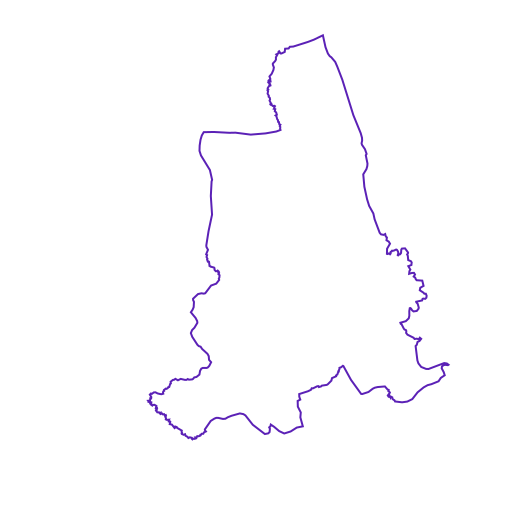 Chaloem Phra Kiat, Buri Ram, Thailand (Mercator projection), rotated 341°
{"feature_id": "78962969B72418392549656", "entity_name": "Chaloem Phra Kiat", "entity_type": "district", "adm_level": 2, "iso_a3": "THA", "parent_name": "Thailand", "parent_adm1": "Buri Ram", "projection": "mercator", "projection_center": [102.88, 14.577], "detail": "fine", "context": "isolated", "style": "outline", "palette": "violet", "viewbox_px": 512, "rotation_deg": 341, "n_neighbors": 0, "source": "geoboundaries", "source_scale": "gbopen_adm2", "svg_char_len": 6111}
<svg xmlns="http://www.w3.org/2000/svg" viewBox="0 0 512 512"><g transform="rotate(341 256 256)"><path d="M391.1,69.1L381.2,70.3L374.9,70.5L359.4,70.1L356.1,69.2L354.4,70.4L351.0,69.5L349.6,72.4L346.0,72.8L345.2,72.5L344.5,69.9L343.9,70.1L343.1,71.7L340.9,72.0L341.4,72.9L339.5,74.6L338.8,76.8L337.6,77.9L334.6,79.5L334.2,80.6L334.3,83.5L333.0,85.8L330.2,88.8L327.2,90.6L327.2,93.3L325.5,94.0L326.7,95.0L326.6,95.7L324.8,95.3L324.1,95.6L324.3,96.3L325.2,96.4L324.9,97.1L325.3,98.2L324.5,98.6L324.9,99.5L323.6,99.6L321.9,100.9L321.5,101.5L321.8,102.7L320.8,103.0L321.0,104.3L319.8,106.3L320.3,108.6L319.8,109.5L320.5,110.9L320.3,112.5L319.4,113.5L319.8,116.1L318.9,117.3L319.2,117.8L320.1,117.6L320.1,118.6L320.7,119.6L322.4,120.0L322.7,120.5L321.6,121.3L321.6,122.3L320.9,122.7L322.0,123.5L320.9,125.2L321.8,126.8L321.7,129.2L320.3,129.5L320.8,130.3L320.6,133.7L321.0,134.6L320.6,136.4L321.3,136.9L320.9,138.8L321.8,139.8L320.7,140.8L321.0,141.9L320.3,143.3L320.2,144.8L315.7,144.9L305.0,143.2L290.5,139.5L276.7,132.7L270.8,130.8L256.5,125.0L246.9,121.9L244.0,124.4L241.4,128.0L238.7,133.2L236.8,138.2L236.7,143.0L240.4,159.7L239.3,169.7L238.3,171.0L232.8,184.6L227.9,202.6L219.2,217.1L212.5,229.7L212.1,231.2L212.6,234.5L209.4,238.2L210.1,239.2L208.9,240.8L209.2,242.9L208.6,243.4L208.6,245.6L209.4,245.7L209.7,246.2L208.8,250.3L209.6,250.9L209.6,251.3L212.5,253.2L212.8,253.9L212.3,255.6L213.0,257.3L214.1,257.6L215.0,257.3L215.7,258.6L215.7,259.1L215.0,259.0L215.2,260.6L214.6,260.9L215.3,262.3L214.3,264.5L213.5,265.2L213.4,266.6L209.4,269.2L203.9,269.3L195.9,274.7L194.4,274.6L192.3,273.5L188.8,273.1L182.6,275.9L182.2,277.1L182.4,279.2L180.4,284.1L178.6,286.1L176.1,288.0L178.7,294.9L179.2,298.4L178.8,300.1L174.4,303.8L171.5,305.2L169.3,307.7L169.4,311.7L171.7,320.9L172.6,322.6L174.1,323.7L174.8,326.4L178.3,332.8L178.7,335.3L177.8,338.9L179.0,341.8L176.0,344.7L174.1,345.7L172.9,345.8L169.3,344.5L167.6,344.7L165.7,346.4L163.9,349.7L160.3,351.0L158.1,350.7L156.5,351.7L155.5,351.9L152.3,351.1L151.4,350.1L150.1,350.5L148.5,350.0L144.8,347.7L141.7,348.1L139.8,345.9L138.0,346.4L137.1,346.1L134.3,347.1L134.0,348.8L133.2,349.0L131.3,351.6L130.4,351.4L129.7,352.1L128.2,352.5L127.6,352.0L125.4,352.7L125.3,353.6L124.5,353.7L123.7,354.5L123.5,356.0L121.6,355.9L120.4,355.3L118.2,353.9L116.6,352.2L115.0,351.7L112.6,352.5L111.9,351.8L110.5,352.5L111.1,355.3L110.5,356.5L109.7,356.1L108.7,358.2L107.0,357.8L107.2,358.3L106.8,358.8L107.9,359.8L108.4,359.5L109.2,360.1L108.2,361.0L109.0,361.3L108.4,362.4L109.3,363.7L110.0,363.3L111.5,363.6L113.0,365.3L111.9,367.0L112.9,367.2L112.9,367.7L111.7,368.1L112.1,369.2L111.1,369.6L111.8,371.7L113.4,372.2L113.7,373.3L114.9,373.1L114.6,374.3L115.8,374.2L116.3,375.4L117.6,375.6L117.8,377.0L118.9,377.0L118.9,377.8L117.9,378.7L118.1,380.1L117.5,381.1L118.3,381.9L120.4,382.4L119.7,383.0L119.6,384.0L120.7,384.2L121.0,384.8L119.7,386.9L121.6,388.0L123.0,392.2L123.6,392.0L123.4,390.8L124.1,390.9L125.4,392.0L125.5,392.9L129.0,396.9L128.4,398.0L128.5,399.1L127.9,399.5L127.9,400.1L129.4,401.5L130.9,401.4L130.9,403.1L132.3,404.6L132.8,406.1L134.4,405.9L136.1,407.0L135.8,407.9L136.2,408.7L137.2,408.3L138.4,408.9L139.8,408.9L139.6,407.8L140.8,408.2L141.8,407.2L143.2,407.8L144.8,407.7L145.1,407.1L145.5,407.3L146.7,406.4L148.3,406.9L149.4,405.8L151.5,405.6L151.0,404.1L151.2,403.3L159.5,397.2L163.7,396.2L165.7,396.1L167.5,396.7L171.7,399.3L174.1,399.9L176.8,399.3L180.9,399.1L189.5,399.6L192.6,401.4L194.1,403.3L198.0,414.5L206.4,427.2L209.8,427.7L211.5,426.9L212.9,423.9L212.7,422.3L214.1,421.8L215.1,420.2L217.5,423.4L220.9,429.1L224.9,433.0L231.6,433.2L238.7,431.5L244.8,432.3L245.4,423.0L247.4,418.5L246.5,412.1L248.2,406.6L251.1,406.2L251.1,403.2L251.9,400.6L261.2,400.8L264.4,400.4L265.6,399.2L266.7,399.7L271.5,399.1L272.7,399.4L272.8,400.4L275.1,400.5L276.0,400.0L280.9,400.9L282.0,400.7L286.7,398.4L288.1,396.2L292.6,395.8L292.8,395.0L294.4,394.5L295.2,393.3L296.1,392.7L296.7,392.0L296.4,391.7L298.0,390.2L298.5,388.9L300.3,388.9L302.4,388.1L302.8,388.5L305.5,404.1L310.5,420.6L311.5,421.1L318.1,421.2L323.2,419.5L325.5,419.2L328.3,419.5L335.4,421.3L337.0,425.2L337.8,425.7L337.2,427.0L337.8,427.5L338.1,428.8L335.2,430.8L335.6,432.3L336.0,432.5L336.9,431.8L337.1,433.5L338.0,432.3L337.8,433.7L338.8,434.0L338.6,435.8L340.0,437.6L340.1,438.8L346.5,441.9L351.7,442.9L357.2,442.2L364.4,437.5L371.8,434.8L376.2,434.0L380.1,434.3L387.8,433.9L391.1,431.4L395.6,430.2L395.7,427.0L395.0,422.7L395.9,420.9L398.0,420.3L399.5,420.5L401.9,421.7L402.6,421.5L401.5,419.8L399.1,418.5L382.3,419.0L380.0,418.1L376.1,414.7L374.6,410.4L374.6,407.3L377.6,393.1L379.1,392.3L380.8,389.8L382.9,389.6L385.2,388.1L384.3,386.6L382.9,387.7L381.0,386.5L378.9,386.1L378.4,384.6L373.6,379.7L372.9,377.6L373.7,375.9L373.6,374.8L372.5,373.9L372.1,372.8L371.4,367.8L370.8,367.3L370.8,366.1L376.4,366.4L380.1,364.7L381.5,362.5L383.0,358.0L384.4,355.4L384.9,355.4L385.5,356.2L385.9,358.1L386.9,359.7L390.1,360.3L392.6,358.7L393.1,357.7L393.3,353.9L392.5,352.0L392.6,351.4L398.6,352.1L399.5,350.8L400.2,350.7L402.1,351.6L403.5,350.9L404.4,349.2L404.3,347.0L402.9,346.5L402.4,345.2L399.7,341.7L401.0,339.5L404.7,338.8L405.2,333.4L400.0,331.2L399.5,329.8L399.5,328.3L398.4,326.8L400.3,325.3L399.9,323.4L398.0,322.8L395.0,322.7L396.1,320.3L397.5,319.1L396.7,315.2L400.0,315.1L401.1,312.8L400.8,311.4L398.6,309.4L399.6,305.2L399.4,303.7L400.4,303.1L400.9,302.2L399.4,297.3L396.4,296.5L395.5,297.2L394.1,300.4L392.8,301.3L391.9,301.1L390.6,301.7L390.3,301.3L391.6,299.5L391.7,297.8L391.2,296.0L390.6,295.5L387.9,295.8L386.3,295.3L385.9,295.8L384.7,295.9L384.1,297.5L383.3,298.0L382.6,296.8L381.1,297.0L380.5,296.6L382.3,291.8L386.7,288.0L386.2,285.6L384.5,283.6L385.8,281.1L385.1,279.8L385.3,277.3L383.6,277.6L381.2,276.2L380.5,274.3L380.1,259.9L380.8,254.0L379.3,245.5L379.5,238.5L381.0,225.8L384.0,213.7L388.7,209.8L390.5,207.2L391.5,204.9L392.6,196.5L393.8,195.5L393.8,190.5L392.4,185.3L392.5,183.8L393.9,181.5L394.7,178.8L395.0,174.0L393.9,154.5L395.0,117.4L394.5,103.4L394.1,98.3L391.9,92.6L390.8,91.1L389.9,88.0L389.7,81.2L391.1,69.1Z" fill="none" stroke="#5b21b6" stroke-width="2"/></g></svg>